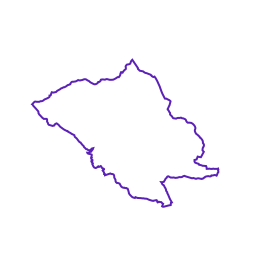 Treznea, Salaj, Romania (orthographic projection), rotated 15°
{"feature_id": "2599482B74175634097496", "entity_name": "Treznea", "entity_type": "district", "adm_level": 2, "iso_a3": "ROU", "parent_name": "Romania", "parent_adm1": "Salaj", "projection": "orthographic", "projection_center": [23.093, 47.104], "detail": "fine", "context": "isolated", "style": "outline", "palette": "violet", "viewbox_px": 256, "rotation_deg": 15, "n_neighbors": 0, "source": "geoboundaries", "source_scale": "gbopen_adm2", "svg_char_len": 5887}
<svg xmlns="http://www.w3.org/2000/svg" viewBox="0 0 256 256"><g transform="rotate(15 128 128)"><path d="M181.2,194.8L181.8,195.0L182.9,194.8L187.3,192.3L189.2,191.4L188.8,189.1L189.0,188.8L189.6,188.5L187.4,186.3L186.7,185.5L184.6,182.8L184.1,182.1L182.9,180.9L182.5,179.9L181.1,178.8L180.5,177.4L179.7,176.6L179.5,176.2L178.8,175.7L178.1,174.8L177.2,173.9L176.4,173.8L175.8,173.5L174.9,172.4L174.1,171.7L175.3,171.5L175.6,171.2L176.6,170.7L176.9,169.4L177.2,168.6L177.4,167.3L178.2,166.1L178.5,164.9L178.7,164.6L179.7,164.2L180.9,164.6L182.0,164.8L183.8,164.4L184.7,164.0L186.8,163.9L188.8,163.1L189.8,162.4L190.7,162.0L191.6,161.9L192.6,161.5L193.0,161.2L193.9,160.2L195.0,159.6L196.1,159.8L202.7,160.0L203.4,159.8L203.9,159.4L206.7,159.5L207.2,159.3L207.9,158.8L209.2,158.3L212.2,158.2L212.5,158.0L212.6,157.8L212.8,157.7L213.2,157.7L213.7,157.3L214.4,156.2L214.8,156.0L215.1,155.3L216.0,154.6L218.0,153.7L218.9,153.7L220.0,153.5L220.6,153.1L220.7,152.4L220.9,152.2L222.0,152.0L223.8,151.0L224.6,150.9L225.9,151.1L226.0,150.8L226.3,148.2L226.7,147.1L226.0,145.7L225.9,144.9L226.0,144.8L225.7,144.3L225.5,143.9L225.0,144.3L221.6,145.2L220.8,145.2L220.3,145.5L220.2,145.6L219.3,145.9L217.8,146.2L217.1,146.2L216.6,146.4L216.5,146.5L214.6,147.1L214.1,145.8L213.9,145.6L213.6,144.9L213.2,144.5L212.6,144.7L210.9,144.9L210.1,145.2L208.4,145.0L206.1,145.1L205.9,144.9L205.7,144.5L205.5,144.3L204.2,144.3L201.9,144.1L201.1,143.4L200.9,143.1L200.5,141.7L202.4,140.6L202.7,137.6L204.8,137.5L206.0,137.3L207.4,131.4L206.9,131.1L205.7,130.2L205.4,128.1L205.5,127.6L205.7,127.0L205.7,126.4L205.9,126.1L205.8,124.8L205.4,124.1L204.9,123.6L204.5,123.4L204.2,123.0L204.1,122.4L203.3,120.8L201.5,119.3L200.4,118.7L199.8,118.6L199.3,117.8L197.8,117.1L197.2,116.7L195.4,116.0L194.4,115.1L193.4,113.7L193.2,113.1L193.1,112.4L193.2,111.8L193.2,111.0L193.0,110.3L192.2,109.1L191.0,108.1L189.3,107.1L187.7,106.7L185.7,107.0L184.3,107.4L183.2,106.9L182.4,106.1L182.1,105.6L181.5,105.0L180.8,104.7L179.0,104.4L177.5,104.6L176.8,104.3L176.2,104.4L175.6,104.8L173.7,105.3L173.1,105.6L172.0,106.5L169.5,106.8L168.7,106.6L167.6,105.5L165.2,104.1L165.0,103.5L164.9,103.0L164.7,102.5L163.6,101.7L163.3,101.2L162.9,100.9L161.9,99.9L161.6,99.9L161.4,99.6L161.4,99.3L161.8,97.7L161.9,96.4L162.2,95.5L162.2,91.3L162.0,91.0L160.6,90.4L158.5,90.0L157.5,89.7L156.2,90.1L155.6,89.6L152.3,85.9L150.9,84.1L147.8,79.6L144.1,75.1L141.9,72.8L140.3,71.5L139.5,72.1L139.2,72.2L137.4,71.7L137.2,71.3L137.0,71.1L136.4,71.0L136.1,70.7L131.7,70.2L130.7,70.3L129.5,70.1L128.0,69.4L124.4,69.6L123.2,68.8L122.6,68.6L122.1,68.0L122.1,67.6L121.7,67.2L114.5,61.0L113.8,62.4L113.6,63.4L113.6,64.3L113.5,65.0L113.1,65.8L112.0,66.4L110.8,66.9L110.4,67.2L109.8,68.7L109.8,69.3L110.4,70.5L110.6,71.4L110.5,71.9L109.9,72.6L109.4,73.3L109.1,74.1L108.6,75.0L108.5,75.9L108.2,76.1L107.2,75.8L106.9,75.8L106.7,76.1L106.8,77.0L106.6,77.8L106.8,78.2L106.8,78.5L106.5,80.0L106.0,81.3L105.1,81.4L104.4,82.0L103.2,83.4L101.4,85.0L100.6,85.4L97.7,86.2L95.0,86.2L94.3,86.5L93.2,87.3L91.1,87.6L89.5,88.2L89.3,88.4L89.3,89.4L88.5,90.8L87.3,91.3L87.2,92.1L86.7,92.9L86.0,93.6L85.1,94.2L84.0,94.5L81.9,94.1L79.8,93.6L78.0,92.7L76.5,92.5L75.6,92.1L74.8,91.9L73.7,92.0L72.3,92.7L72.1,93.0L71.0,93.7L69.6,94.3L69.4,94.5L67.7,94.7L67.4,94.6L66.7,95.4L66.0,96.0L65.5,96.5L63.2,97.5L62.6,97.6L61.8,98.0L61.5,98.4L60.8,100.1L60.9,100.7L59.8,101.5L58.5,102.3L57.7,103.5L57.0,104.2L56.0,105.1L55.1,105.4L54.5,106.1L53.0,107.2L52.4,108.1L49.9,110.5L49.4,111.6L49.1,111.9L46.8,113.1L45.1,113.2L44.9,115.0L44.9,116.3L44.5,116.7L43.8,117.0L44.1,117.7L44.0,118.5L43.4,119.2L42.0,120.5L39.9,122.1L39.1,123.3L38.5,123.9L37.6,124.5L36.5,124.8L35.6,125.6L33.1,126.3L31.4,126.5L30.6,127.4L29.3,129.9L29.7,130.0L30.7,131.0L34.3,133.3L36.8,135.0L37.2,135.4L37.8,137.0L39.0,138.1L39.5,138.3L42.6,140.3L43.9,140.8L44.2,141.0L46.8,140.3L47.0,140.3L47.5,140.5L47.9,141.5L48.1,142.6L48.4,143.0L49.3,143.8L49.8,144.7L50.3,145.2L50.7,145.4L54.7,145.5L55.1,145.2L56.0,144.8L56.3,144.1L56.2,143.8L56.3,143.5L57.3,142.4L57.9,142.0L60.3,143.0L60.9,143.5L62.3,144.4L65.4,145.6L66.8,146.1L70.1,146.8L70.4,146.6L70.8,147.0L72.6,147.5L73.8,147.7L74.8,148.2L78.0,148.8L78.9,150.3L81.2,151.4L83.2,153.0L84.6,154.0L85.1,154.2L86.0,154.3L86.6,154.9L88.6,156.3L89.8,156.9L90.6,157.9L92.1,158.6L92.7,159.1L93.2,159.2L94.1,159.1L95.3,159.7L96.4,159.6L97.0,159.2L97.8,158.3L98.4,157.2L99.6,156.5L99.5,157.8L99.2,158.4L98.8,159.4L98.6,159.6L98.6,160.3L98.4,160.5L97.7,160.6L97.5,160.9L97.3,161.3L96.8,161.8L96.0,162.2L95.1,162.4L95.4,162.8L96.2,163.1L98.3,163.0L99.8,163.1L100.2,164.3L100.0,166.1L100.1,166.3L100.6,166.3L100.5,166.7L100.4,167.1L101.0,167.7L101.9,168.1L101.9,168.5L102.1,168.7L102.1,169.0L101.6,168.8L101.2,169.2L101.3,169.9L102.3,170.8L103.1,171.1L103.2,171.3L102.8,171.7L102.9,172.2L103.4,172.7L104.5,174.1L105.6,174.9L106.4,175.0L107.2,175.0L107.6,174.7L108.2,174.1L109.1,172.8L109.3,172.7L109.4,172.8L109.6,173.2L110.4,172.9L111.5,171.8L111.8,171.9L113.5,173.5L113.9,173.6L114.7,173.5L115.3,173.7L115.5,173.9L115.6,174.3L115.3,174.6L114.9,174.8L114.5,175.6L116.3,177.1L116.7,177.9L116.8,178.6L117.6,178.5L118.0,179.6L122.7,176.5L123.4,176.7L125.1,176.5L126.2,176.7L126.7,177.3L127.1,177.9L127.4,179.0L127.7,179.6L129.2,181.1L129.8,182.7L130.5,183.5L131.6,184.0L132.2,183.7L134.3,183.9L135.4,185.1L136.6,186.3L137.8,186.8L139.1,186.9L139.8,186.6L140.6,186.8L142.0,186.4L143.2,186.9L143.4,186.8L143.8,187.2L145.5,190.1L145.7,190.7L146.8,191.8L149.5,193.4L150.1,193.6L151.0,193.8L152.8,193.8L153.1,192.9L155.4,193.1L158.1,192.5L160.8,192.1L161.2,191.9L162.2,191.9L164.3,191.5L164.9,191.5L166.3,191.8L167.6,191.9L169.6,192.0L171.2,191.9L171.8,191.4L172.2,191.3L173.3,190.7L174.3,190.3L174.5,190.4L175.5,191.9L175.9,192.2L176.1,192.1L176.9,191.2L178.0,191.3L178.6,191.1L179.4,191.0L180.8,192.0L181.5,192.1L181.3,194.2L181.2,194.8Z" fill="none" stroke="#5b21b6" stroke-width="2"/></g></svg>